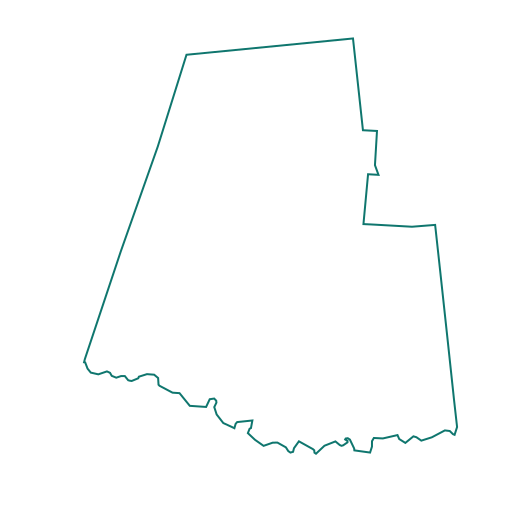 Hidalgo, Texas, United States of America, rotated 354°
{"feature_id": "52423323B17892136313191", "entity_name": "Hidalgo", "entity_type": "district", "adm_level": 2, "iso_a3": "USA", "parent_name": "United States of America", "parent_adm1": "Texas", "projection": "albers", "projection_center": [-98.203, 26.412], "detail": "fine", "context": "isolated", "style": "outline", "palette": "teal", "viewbox_px": 512, "rotation_deg": 354, "n_neighbors": 0, "source": "geoboundaries", "source_scale": "gbopen_adm2", "svg_char_len": 1416}
<svg xmlns="http://www.w3.org/2000/svg" viewBox="0 0 512 512"><g transform="rotate(354 256 256)"><path d="M389.4,144.3L375.5,142.1L375.2,49.8L207.9,48.6L169.8,136.8L122.0,237.3L75.0,340.7L73.9,343.7L75.0,344.0L76.7,350.4L79.5,354.7L86.8,357.2L95.7,355.2L98.6,356.9L100.0,360.1L104.3,362.4L109.3,361.3L113.0,361.7L115.9,366.2L117.4,366.8L119.3,367.3L126.1,365.3L126.9,363.8L135.2,362.1L142.3,363.4L145.9,367.1L145.6,373.8L146.5,375.0L158.7,383.2L165.6,384.4L174.5,398.1L190.6,400.9L195.0,393.6L199.5,393.4L201.3,395.7L201.3,397.7L198.7,401.9L200.3,409.5L206.0,418.7L213.9,423.4L216.5,425.0L218.2,420.8L219.9,419.2L235.2,419.2L233.0,426.6L231.6,427.1L229.4,431.3L235.8,438.7L243.7,445.6L253.1,443.4L257.8,443.8L265.7,449.4L266.4,450.8L267.7,453.4L269.7,455.1L272.4,454.6L273.7,451.1L279.3,444.8L292.4,454.0L293.6,455.3L293.6,457.7L295.0,458.9L304.2,451.9L304.8,451.7L315.6,448.7L319.6,452.8L321.2,453.7L322.9,453.4L327.5,450.9L327.7,449.5L325.5,447.8L326.1,446.9L328.2,446.8L330.2,448.4L333.5,457.7L333.5,459.6L348.9,463.4L351.4,457.7L352.0,452.3L354.2,449.3L363.1,450.7L378.0,448.9L379.3,453.0L385.0,457.5L393.7,451.8L396.6,453.0L401.1,456.9L411.9,454.7L425.6,449.2L430.4,450.3L433.3,453.8L434.8,454.6L438.1,447.1L437.9,419.0L437.9,413.6L437.8,357.7L437.6,291.6L437.4,243.8L414.2,243.2L374.1,236.7L366.2,235.5L376.0,186.4L386.3,188.1L383.8,178.1L389.4,144.3Z" fill="none" stroke="#0f766e" stroke-width="2"/></g></svg>